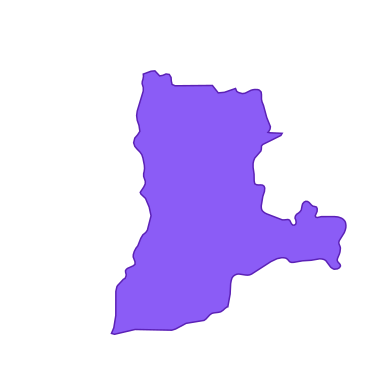 the border of Bas-Rhin, rotated 157°
{"feature_id": "FRA-5273", "entity_name": "Bas-Rhin", "entity_type": "Metropolitan department", "adm_level": 1, "iso_a3": "FRA", "parent_name": "France", "parent_adm1": "", "projection": "natural_earth1", "projection_center": [7.42, 48.594], "detail": "fine", "context": "isolated", "style": "filled", "palette": "violet", "viewbox_px": 384, "rotation_deg": 157, "n_neighbors": 0, "source": "natural_earth", "source_scale": "10m", "svg_char_len": 2850}
<svg xmlns="http://www.w3.org/2000/svg" viewBox="0 0 384 384"><g transform="rotate(157 192 192)"><path d="M203.9,72.3L204.7,72.5L207.2,71.9L209.7,71.0L212.4,70.5L214.7,70.9L219.2,72.2L221.2,72.5L223.8,71.9L228.8,69.6L231.1,69.1L248.7,73.4L260.7,72.3L264.6,72.7L298.1,87.7L318.9,91.3L321.4,93.3L317.0,97.6L310.4,108.1L300.9,130.3L298.2,134.1L297.0,135.0L289.2,138.5L287.3,138.6L286.9,139.2L285.9,140.0L284.9,141.5L284.5,144.0L284.0,145.5L282.8,146.4L281.2,146.9L275.2,147.0L272.8,147.6L271.7,150.0L271.5,155.2L270.5,157.3L268.3,159.9L265.5,162.2L262.9,163.6L257.2,169.4L253.9,171.8L250.4,172.8L248.0,174.3L239.0,186.1L237.3,194.9L237.3,204.3L239.8,210.0L239.8,211.9L234.5,215.4L231.9,217.7L230.8,220.1L230.4,225.3L229.3,227.9L228.0,229.6L226.5,232.2L225.4,235.3L223.9,242.4L223.6,246.0L224.3,249.2L225.7,252.7L226.8,256.3L226.5,260.1L223.6,264.0L219.7,265.9L216.3,268.2L214.8,273.9L214.4,279.4L213.1,284.0L210.8,287.9L197.4,304.0L196.0,307.3L195.6,311.2L194.5,313.3L193.1,314.9L191.5,317.4L190.8,319.6L182.5,319.2L178.8,318.0L176.4,311.5L173.4,310.8L169.8,310.8L167.0,309.1L166.5,305.7L167.7,302.1L168.3,298.8L166.1,296.4L131.6,282.1L129.1,273.0L123.2,271.1L111.5,270.3L111.5,267.1L110.3,265.4L107.2,262.9L104.5,262.2L97.8,262.6L95.8,262.3L94.1,261.8L91.7,260.7L90.5,259.8L90.0,258.9L89.3,257.0L90.0,254.5L91.8,250.2L92.3,247.7L92.4,243.6L94.1,231.4L94.3,221.5L95.6,219.4L97.2,218.1L98.8,217.2L96.8,215.9L86.1,210.8L88.1,209.3L108.2,208.1L110.0,207.3L111.5,204.2L112.6,202.8L121.0,198.7L123.0,196.7L124.6,194.4L126.1,190.9L127.9,184.2L130.4,178.0L131.0,175.1L129.8,173.5L128.1,172.5L126.0,171.7L124.3,170.7L123.4,169.1L123.5,167.2L125.1,164.2L128.6,160.2L133.7,152.1L134.4,150.2L134.6,149.4L134.7,148.0L134.5,147.0L133.9,145.6L133.0,144.1L131.8,142.7L119.8,131.1L118.0,130.3L114.4,129.2L113.2,128.0L113.0,126.6L113.0,125.0L112.7,123.4L112.1,122.1L110.7,121.5L109.1,121.9L108.0,123.3L107.4,125.7L107.4,127.7L106.3,129.4L104.5,130.6L101.9,131.1L100.2,131.7L98.5,132.7L96.0,136.4L94.8,137.9L92.8,138.9L90.9,139.0L89.3,138.1L88.3,136.6L87.1,133.2L86.2,131.7L84.7,130.7L83.3,129.5L83.3,127.6L84.4,125.3L87.9,121.9L87.8,120.4L86.6,119.5L82.6,118.8L70.7,113.8L67.4,112.0L66.1,110.9L64.5,109.4L63.5,107.8L62.8,106.0L62.6,104.3L62.9,102.7L63.4,101.0L64.3,99.1L65.7,97.2L67.7,95.1L75.4,89.7L76.6,88.2L76.9,87.1L77.0,85.9L77.0,84.5L77.1,83.2L77.3,82.4L77.5,82.0L79.2,79.0L80.6,77.3L83.9,74.1L85.0,72.6L85.1,71.0L84.0,67.5L84.2,65.9L85.8,64.7L88.1,64.4L91.4,65.4L92.7,66.9L93.7,68.6L95.6,76.4L96.6,78.0L98.3,79.4L100.5,80.6L109.0,82.6L117.2,85.5L125.8,87.5L127.7,88.2L129.1,89.3L129.8,90.9L130.3,92.6L131.3,94.3L133.0,95.5L135.2,96.5L139.8,97.4L146.6,97.1L169.1,93.2L171.3,93.2L173.2,93.7L175.2,94.7L180.9,98.2L182.8,98.8L184.8,98.8L186.8,98.4L188.7,97.3L190.4,95.3L192.2,92.6L196.8,83.1L203.9,72.3Z" fill="#8b5cf6" stroke="#5b21b6" stroke-width="1.5"/></g></svg>